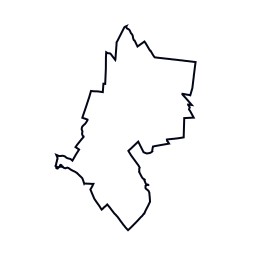 Sagu, Arad, Romania, rotated 80°
{"feature_id": "2599482B52260231187564", "entity_name": "Sagu", "entity_type": "district", "adm_level": 2, "iso_a3": "ROU", "parent_name": "Romania", "parent_adm1": "Arad", "projection": "mercator", "projection_center": [21.357, 46.043], "detail": "fine", "context": "isolated", "style": "outline", "palette": "ink", "viewbox_px": 256, "rotation_deg": 80, "n_neighbors": 0, "source": "geoboundaries", "source_scale": "gbopen_adm2", "svg_char_len": 5111}
<svg xmlns="http://www.w3.org/2000/svg" viewBox="0 0 256 256"><g transform="rotate(80 128 128)"><path d="M203.8,168.1L202.7,166.3L202.7,166.2L202.3,165.9L201.6,164.8L201.5,164.4L201.2,164.0L201.0,163.6L199.7,161.7L203.2,159.7L204.8,158.9L205.2,158.7L206.2,158.2L207.3,157.6L207.9,157.3L209.2,156.6L210.0,156.2L211.5,155.0L212.2,154.7L213.2,154.0L213.5,153.8L215.1,153.0L216.3,152.4L217.7,151.8L219.0,151.1L221.0,150.1L222.5,149.4L223.6,148.7L224.8,148.1L226.5,147.1L228.6,145.7L227.4,143.8L225.3,140.7L223.5,138.2L223.2,137.7L221.4,135.3L221.3,135.1L219.9,133.3L219.6,132.9L219.3,132.5L218.0,130.8L217.4,129.8L216.8,129.0L216.4,128.6L215.0,127.1L214.7,126.7L214.8,126.6L212.6,125.2L207.9,121.6L204.4,119.1L202.5,118.9L199.8,118.6L196.8,118.4L195.5,118.2L193.5,118.7L192.7,119.3L190.9,120.9L190.1,121.2L188.0,120.8L187.6,119.9L187.5,119.5L187.4,119.1L187.4,118.8L187.7,118.1L187.6,117.9L187.4,118.0L187.1,118.4L186.9,119.1L186.6,119.9L186.5,120.0L182.2,121.0L181.9,120.5L181.5,120.7L180.2,122.2L178.5,123.0L173.3,124.6L173.0,124.7L172.4,124.3L171.2,124.2L170.0,124.0L169.1,123.4L166.7,124.2L155.3,129.8L150.6,131.6L150.3,131.2L148.7,128.6L143.2,120.3L148.8,118.6L154.5,116.9L155.1,116.0L155.7,115.1L156.3,114.0L156.4,112.8L156.4,111.5L156.3,110.3L155.8,109.0L155.5,108.5L155.2,108.0L154.5,108.1L152.0,107.2L150.6,106.6L150.5,104.4L150.5,99.0L150.5,94.6L150.5,90.3L148.7,91.0L148.0,91.4L147.6,91.7L146.1,91.7L146.1,90.7L146.5,85.7L146.8,81.0L146.9,76.5L146.9,74.8L128.0,70.9L129.2,61.5L122.3,63.8L120.2,64.7L118.3,63.6L115.5,64.8L115.3,64.7L116.4,61.2L108.9,65.7L104.7,68.4L104.4,68.6L103.8,68.4L104.4,66.7L105.3,64.4L106.2,61.7L106.6,61.0L99.9,57.7L88.4,54.2L87.4,54.0L87.3,53.9L77.9,51.0L74.8,50.0L73.5,54.3L72.8,56.6L72.2,58.5L71.7,60.4L70.8,63.1L70.4,64.7L69.8,66.6L68.9,69.6L68.0,72.8L67.2,75.3L66.5,77.8L65.8,80.2L65.1,82.6L63.8,87.0L63.0,89.5L60.9,90.5L59.3,91.1L55.8,92.4L55.7,92.8L54.6,93.3L52.4,94.1L47.8,95.8L45.7,96.8L47.3,100.1L49.4,104.5L43.0,106.3L42.5,107.0L41.4,107.2L40.0,107.4L38.3,107.3L36.5,107.7L35.2,108.6L34.5,108.8L33.2,109.1L31.9,109.5L30.9,110.2L30.0,111.5L29.5,111.9L27.9,112.2L27.4,111.8L27.8,113.4L28.3,114.2L40.8,123.6L41.4,124.2L42.0,124.5L42.5,124.5L57.1,128.2L58.6,128.6L58.8,128.7L53.8,131.3L52.5,131.9L51.7,132.5L51.3,133.0L50.9,134.7L50.5,135.3L49.6,136.3L54.8,137.5L65.7,139.5L71.6,140.8L80.6,142.8L80.1,144.5L88.3,146.6L86.7,151.4L85.9,155.3L85.1,158.0L91.0,160.9L93.2,162.1L100.3,165.9L103.4,167.6L106.8,169.5L110.0,171.2L111.8,167.9L112.7,166.4L113.0,166.4L113.3,166.6L113.7,166.9L115.3,168.3L115.9,168.9L116.6,169.7L117.0,170.5L118.2,172.2L118.8,172.9L120.2,173.6L121.4,173.8L121.8,173.8L122.1,173.8L122.5,173.6L123.2,173.5L123.8,173.5L124.4,173.8L125.5,174.2L126.3,174.2L127.6,174.0L128.2,173.7L128.4,173.3L128.7,173.2L129.1,173.3L130.7,175.3L135.5,180.8L137.7,183.0L140.7,179.9L145.1,183.9L147.5,185.9L150.5,188.4L149.8,189.0L149.3,189.3L148.8,189.8L148.3,190.5L148.0,191.2L147.5,192.3L146.9,193.4L146.1,194.2L145.1,195.0L144.7,195.6L144.2,196.6L143.9,197.6L143.9,198.7L143.8,200.0L143.5,201.0L143.0,201.7L142.0,203.3L145.3,202.6L145.5,202.6L145.9,202.8L146.4,203.0L146.6,203.1L146.8,203.1L146.9,203.3L147.3,203.5L147.5,203.6L147.8,203.7L148.0,203.7L148.3,203.8L148.5,203.9L148.7,204.0L149.3,204.3L149.8,204.5L150.0,204.7L150.7,204.9L150.9,204.9L151.1,205.0L151.4,205.2L151.8,205.3L152.1,205.5L152.4,205.7L152.7,205.9L152.8,206.0L153.0,205.9L153.1,205.7L153.3,205.7L153.5,205.5L153.6,205.3L153.7,205.2L153.8,205.0L153.9,204.8L153.9,204.6L154.0,204.5L154.2,204.8L154.2,205.0L154.3,205.1L154.5,205.2L154.5,205.3L154.5,205.5L154.8,205.6L155.0,205.5L155.2,205.4L155.3,205.3L155.4,205.1L155.4,204.9L155.5,204.6L155.6,204.4L155.3,204.2L155.2,204.1L155.0,203.9L154.9,203.9L154.9,203.7L155.0,203.5L154.9,203.4L154.7,203.3L154.7,203.2L154.7,202.9L154.6,202.7L154.3,202.6L154.2,202.4L154.3,202.1L154.4,201.8L154.4,201.7L154.2,201.7L153.9,201.4L153.8,201.2L153.7,201.2L153.3,201.3L153.0,201.4L152.8,201.2L152.7,201.0L152.6,200.7L152.8,200.4L153.1,200.0L153.2,199.9L153.4,199.8L153.6,199.8L153.8,200.0L154.4,200.0L154.5,200.0L154.6,199.9L154.7,199.7L154.8,199.6L155.0,199.5L155.0,199.4L154.9,199.4L154.8,199.2L154.7,199.1L154.8,198.9L155.0,198.9L155.9,198.3L156.0,198.2L156.1,197.9L156.3,197.7L156.5,197.3L156.6,197.1L156.7,196.9L156.8,196.7L156.6,195.4L156.5,194.6L156.9,193.9L157.0,193.7L157.6,193.0L157.9,192.7L158.6,192.1L158.8,191.8L159.3,191.3L159.6,191.0L159.7,190.8L159.7,190.7L160.3,190.1L160.5,189.7L160.9,189.2L161.0,189.1L161.2,188.7L161.5,188.3L162.1,187.5L162.7,186.9L162.9,186.7L163.0,186.6L163.2,186.3L163.4,186.1L163.6,186.0L163.7,185.8L164.0,185.7L164.3,185.6L164.4,185.4L164.6,185.3L164.7,185.2L164.8,185.1L165.8,184.4L166.0,184.3L166.1,184.2L166.4,184.0L166.7,183.8L167.4,183.2L167.6,183.0L167.8,182.9L168.7,182.3L169.0,182.0L169.8,181.7L170.1,181.6L171.0,181.4L175.2,180.8L175.1,180.7L175.2,180.2L175.3,179.7L175.6,178.3L176.3,175.2L176.7,173.5L177.0,171.8L179.3,173.4L181.1,174.9L182.0,175.7L186.1,174.8L188.6,174.2L190.0,173.9L191.7,173.5L192.9,173.0L196.0,171.6L199.7,169.8L202.0,168.9L203.8,168.1Z" fill="none" stroke="#020617" stroke-width="2"/></g></svg>